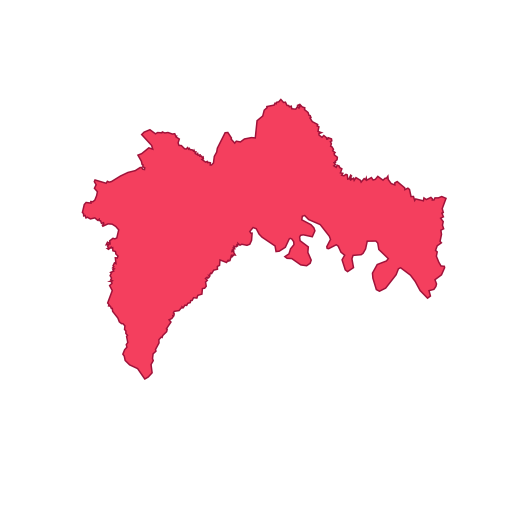 the district of Na Yia, Ubon Ratchathani, Thailand, rotated 113°
{"feature_id": "78962969B61476236421292", "entity_name": "Na Yia", "entity_type": "district", "adm_level": 2, "iso_a3": "THA", "parent_name": "Thailand", "parent_adm1": "Ubon Ratchathani", "projection": "mercator", "projection_center": [105.071, 15.065], "detail": "fine", "context": "isolated", "style": "filled", "palette": "rose", "viewbox_px": 512, "rotation_deg": 113, "n_neighbors": 0, "source": "geoboundaries", "source_scale": "gbopen_adm2", "svg_char_len": 6144}
<svg xmlns="http://www.w3.org/2000/svg" viewBox="0 0 512 512"><g transform="rotate(113 256 256)"><path d="M412.7,310.3L409.5,307.9L404.1,306.0L396.9,310.2L392.5,309.7L390.8,311.2L386.3,312.5L382.7,310.9L381.3,312.0L373.9,311.3L371.0,312.7L367.8,311.6L367.7,310.6L365.7,310.8L360.6,308.7L358.2,309.1L358.0,310.0L350.0,308.5L348.7,311.1L346.5,309.1L344.0,308.5L343.3,309.2L343.0,308.3L341.2,308.7L340.7,309.8L338.9,309.6L336.3,305.5L333.2,304.6L332.5,303.5L331.8,304.0L332.0,302.8L329.0,302.2L328.6,300.5L326.2,300.3L324.6,298.3L322.6,298.7L321.8,297.4L318.8,297.2L317.8,294.0L315.0,294.2L312.2,290.9L306.9,292.6L305.7,290.7L303.3,290.0L299.6,292.3L297.5,291.3L296.4,293.7L294.7,292.7L295.3,291.7L294.3,291.0L292.8,290.8L292.3,291.7L292.1,290.8L290.9,291.3L289.4,290.9L289.5,290.0L285.6,289.4L283.2,286.3L280.7,287.5L278.9,285.9L273.7,287.6L273.5,280.6L270.9,280.0L271.4,279.3L270.4,278.2L264.9,278.9L264.6,278.2L265.7,277.6L263.6,276.8L263.2,275.5L260.5,279.1L261.2,279.9L259.8,280.1L259.8,278.7L258.5,279.6L257.7,278.5L257.2,279.9L256.6,279.2L255.7,280.1L255.1,277.7L253.8,277.7L254.2,276.4L252.9,277.8L252.4,276.8L251.5,277.4L252.3,275.0L250.7,273.6L249.7,268.5L247.6,266.3L243.3,266.2L236.5,268.5L237.0,269.5L235.9,271.3L230.9,269.8L230.8,266.4L234.6,261.8L236.3,257.9L239.3,242.4L244.1,239.3L242.5,236.5L236.5,232.4L227.4,232.1L226.4,231.4L226.3,229.8L228.1,226.9L230.7,225.5L235.9,227.0L241.2,226.5L245.3,229.2L246.0,226.5L244.4,222.0L246.7,211.3L245.2,205.6L241.5,203.3L238.2,203.6L232.4,209.7L227.2,211.4L224.7,221.4L221.4,223.3L219.5,223.0L218.0,220.7L216.3,211.7L209.8,211.6L207.4,213.8L205.7,217.6L204.8,228.0L201.3,228.9L199.7,227.0L201.9,221.8L202.0,209.1L209.1,196.3L211.6,193.9L219.8,194.5L221.2,193.5L220.9,192.0L214.3,186.5L214.8,184.2L219.3,179.3L220.6,174.7L225.9,175.3L233.9,168.4L234.6,165.6L228.6,161.7L221.1,166.6L217.5,166.9L213.7,159.7L211.7,158.5L206.7,157.9L198.9,159.4L195.4,151.5L196.5,149.0L202.0,145.5L206.7,133.2L209.6,134.0L216.5,141.1L226.3,142.1L230.8,139.7L239.9,132.1L240.2,128.6L234.9,124.1L218.5,119.7L212.1,119.9L210.3,118.3L213.3,106.3L217.3,99.4L223.7,91.4L227.8,81.6L224.7,79.8L220.3,83.2L217.2,79.2L213.8,78.5L211.2,78.9L207.9,82.0L200.9,77.9L193.1,77.8L191.9,78.6L192.9,81.8L190.3,85.3L185.7,89.9L181.4,90.8L180.7,92.9L175.8,93.2L171.4,90.5L170.6,92.3L163.6,93.7L160.0,95.9L157.6,93.9L154.8,96.4L151.2,97.1L149.1,100.8L146.7,98.8L143.9,101.6L142.8,100.6L139.6,103.1L128.7,103.6L128.7,108.3L131.2,110.8L132.6,114.0L134.9,114.1L135.6,115.6L134.5,115.9L133.7,117.9L137.5,121.3L136.9,124.1L139.8,123.5L141.1,131.3L142.9,131.6L139.7,134.3L140.7,136.5L134.8,140.7L134.2,142.7L136.8,144.9L135.2,145.7L132.3,155.1L134.4,156.8L136.3,156.0L136.5,159.9L133.9,164.2L131.0,165.8L133.4,166.3L133.9,167.5L136.6,168.7L135.1,175.0L138.8,176.1L140.3,177.9L138.7,180.4L143.0,183.7L141.1,185.0L142.9,184.9L142.5,186.7L146.9,188.1L145.5,189.5L144.8,194.6L148.0,195.2L146.2,196.6L149.1,198.6L148.5,199.6L147.5,198.6L145.9,199.8L145.0,199.4L144.6,200.4L148.6,200.6L149.4,201.6L145.7,203.7L145.7,205.1L147.8,206.4L148.2,208.7L146.0,208.4L146.5,210.8L142.2,211.0L141.9,213.5L140.7,214.6L140.7,216.8L143.1,216.8L142.6,219.6L140.9,218.6L139.6,220.6L138.8,219.4L138.0,220.1L135.7,219.0L133.3,219.7L132.4,223.2L131.1,224.1L129.9,223.6L129.2,226.5L127.5,226.4L125.8,228.8L125.8,230.2L123.2,230.5L121.7,232.2L120.4,231.2L118.7,232.3L118.9,235.8L120.4,235.7L120.8,236.5L119.6,237.3L118.6,240.7L121.0,241.6L120.0,245.3L118.7,245.9L116.9,244.0L117.1,247.6L112.5,248.6L112.4,250.5L110.9,250.6L110.3,256.7L107.9,260.2L107.1,259.5L105.6,261.0L105.8,262.2L103.6,264.1L102.3,268.5L100.5,269.0L100.7,271.7L99.3,274.9L100.8,276.3L101.1,273.9L103.1,274.2L102.3,276.2L105.3,276.8L106.5,280.6L104.3,282.1L105.6,283.6L104.7,284.7L105.3,286.3L102.9,289.0L103.9,290.6L102.2,294.3L105.2,295.3L106.5,297.1L107.9,296.9L107.9,298.2L110.0,298.3L114.2,304.4L115.2,303.8L118.6,305.4L124.5,304.5L131.0,307.9L147.6,302.8L148.8,306.5L152.8,312.4L157.1,314.9L158.0,319.0L160.4,319.7L158.1,324.6L157.0,324.7L153.3,330.2L154.6,332.6L171.8,333.7L175.8,332.8L180.6,333.3L187.0,331.5L189.6,332.5L190.1,333.7L188.0,334.4L188.5,337.0L189.4,336.5L188.0,337.9L189.3,339.0L188.3,343.4L187.1,342.4L185.5,343.4L186.3,344.0L185.3,345.2L186.1,346.6L184.8,347.0L185.9,348.6L184.5,349.7L185.6,350.0L185.4,351.9L183.7,351.9L184.1,353.2L182.9,354.4L183.8,354.5L183.2,356.4L183.9,358.1L183.0,359.4L184.0,359.8L182.9,361.3L184.8,362.1L185.2,363.6L183.5,367.9L184.3,370.1L182.3,371.9L178.3,372.3L177.7,376.0L176.7,376.0L177.0,376.7L175.2,378.6L176.4,380.6L176.7,385.3L178.4,388.0L178.4,390.7L179.4,390.8L180.8,394.8L182.8,396.3L181.2,403.0L185.7,407.4L188.9,408.7L195.0,395.3L198.0,392.8L198.3,396.9L206.4,401.2L209.3,404.1L213.6,398.5L216.3,396.6L216.3,395.6L218.1,395.0L218.2,392.9L220.0,392.4L220.4,394.2L219.2,395.9L219.8,397.2L224.6,400.5L229.1,406.5L235.3,412.0L243.9,418.1L245.4,420.0L245.3,422.0L247.6,422.4L248.9,433.9L250.7,433.9L252.9,431.0L256.8,431.2L258.8,427.1L262.7,426.3L267.5,426.2L269.8,427.4L270.4,429.3L271.8,428.6L273.1,433.3L275.7,434.2L283.8,432.8L284.3,431.4L286.4,430.3L285.5,429.2L287.4,427.4L286.2,426.3L286.6,422.9L283.9,419.3L285.0,415.7L283.4,414.7L284.7,414.2L284.3,412.9L286.3,411.0L284.9,409.4L285.9,408.7L287.7,409.4L288.4,408.6L284.2,404.7L282.9,400.9L283.6,396.6L285.6,392.6L293.8,391.2L295.4,392.7L295.6,394.6L299.2,396.6L301.6,395.2L301.3,398.1L304.2,398.3L303.0,395.9L305.0,396.4L306.5,394.7L307.2,395.7L307.5,394.4L304.5,392.8L305.2,392.3L304.3,391.2L307.1,389.8L306.8,387.1L308.9,385.8L310.0,383.0L312.0,382.9L312.6,384.8L317.7,382.0L317.6,383.6L320.8,383.8L321.4,382.7L323.0,383.3L323.2,381.4L324.5,382.4L325.5,381.1L327.9,383.4L328.1,382.5L331.1,382.6L332.7,380.4L334.6,380.4L334.9,378.7L336.4,380.5L336.1,378.8L337.6,377.9L340.4,379.2L344.0,374.8L357.2,374.2L358.3,372.2L359.5,372.2L359.1,370.4L360.8,368.7L360.4,367.8L363.0,366.3L367.1,358.9L370.0,356.1L370.8,353.4L370.3,352.0L371.5,349.4L375.0,348.3L375.8,346.5L378.2,345.5L379.2,343.3L380.6,343.7L385.8,340.2L388.2,340.8L390.4,339.2L393.6,340.3L398.4,340.2L399.6,338.2L403.3,335.6L405.6,329.8L405.9,321.0L412.7,310.3Z" fill="#f43f5e" stroke="#9f1239" stroke-width="1.5"/></g></svg>